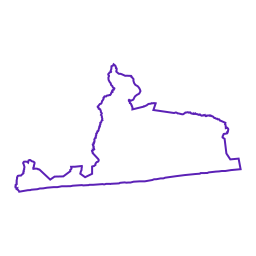 outline of Grands Ponts, Lagunes, Ivory Coast
{"feature_id": "98640826B83353125268201", "entity_name": "Grands Ponts", "entity_type": "district", "adm_level": 2, "iso_a3": "CIV", "parent_name": "Ivory Coast", "parent_adm1": "Lagunes", "projection": "albers", "projection_center": [-4.906, 5.455], "detail": "fine", "context": "isolated", "style": "outline", "palette": "violet", "viewbox_px": 256, "rotation_deg": 0, "n_neighbors": 0, "source": "geoboundaries", "source_scale": "gbopen_adm2", "svg_char_len": 5815}
<svg xmlns="http://www.w3.org/2000/svg" viewBox="0 0 256 256"><path d="M114.9,65.3L113.6,64.3L113.0,65.6L111.5,66.2L111.4,66.7L111.5,67.3L111.3,68.0L111.4,68.8L110.6,71.0L110.7,71.3L111.1,71.8L111.0,72.0L109.7,72.4L109.4,72.6L109.2,73.1L108.2,74.2L108.3,74.8L109.0,75.7L109.0,76.1L108.4,77.5L108.5,79.2L108.6,79.9L109.6,81.9L110.8,83.4L110.9,84.4L111.2,85.1L112.3,86.0L112.7,87.0L113.3,87.9L114.3,88.2L114.4,88.6L114.0,89.1L113.7,89.8L112.6,90.1L112.2,90.6L112.0,91.3L112.6,91.9L112.5,92.1L112.0,92.2L111.4,92.5L110.9,94.0L110.2,95.0L109.9,95.1L109.3,95.0L108.6,95.4L107.1,95.5L106.7,95.8L106.0,96.5L104.8,96.3L104.5,96.4L104.2,96.8L104.0,97.4L103.5,97.7L103.4,98.1L103.6,98.6L103.5,99.0L102.6,100.5L102.2,100.8L101.5,103.1L100.9,103.8L99.9,104.0L99.0,105.1L98.5,105.9L97.7,106.5L97.8,107.3L98.1,107.6L98.6,107.8L98.8,108.3L98.8,108.8L99.3,108.9L99.5,109.1L100.2,109.3L100.5,110.4L100.9,111.1L100.8,112.0L101.8,113.3L101.6,113.8L101.0,114.9L101.4,115.2L101.9,116.4L101.8,117.2L102.3,118.5L102.1,119.6L102.1,119.9L102.3,120.1L101.8,120.4L101.4,121.4L101.4,121.7L101.0,122.4L100.3,122.7L100.2,123.1L100.4,123.6L100.4,124.5L99.9,125.0L99.7,125.8L99.9,126.0L99.9,126.6L99.2,127.0L99.2,127.7L99.1,127.9L99.1,128.3L98.7,129.1L98.6,130.2L98.1,130.7L98.1,131.1L97.4,131.4L97.5,131.7L97.3,131.9L97.1,132.3L97.1,132.8L96.8,133.3L96.4,133.4L96.2,133.6L96.2,135.6L95.7,136.1L95.7,136.4L95.8,136.6L95.8,137.8L95.1,138.0L94.4,139.3L94.3,139.5L94.5,140.0L94.5,140.9L94.5,141.1L94.3,141.3L94.4,141.5L94.4,142.0L93.9,142.5L93.6,142.7L93.6,143.0L93.8,142.9L93.9,143.5L93.0,144.2L93.4,144.5L93.4,144.9L93.0,145.4L93.4,146.4L93.4,146.7L93.7,146.7L93.8,146.9L93.5,147.6L93.5,147.9L93.7,148.6L94.0,148.6L94.1,148.9L93.9,149.1L94.1,149.4L93.8,149.6L93.6,149.4L93.4,149.9L92.9,150.1L92.7,150.0L92.7,150.4L92.5,150.7L92.0,150.9L92.2,151.7L92.4,151.8L92.8,152.5L92.7,153.1L98.2,159.0L98.7,159.9L98.7,160.1L98.6,160.7L98.2,161.5L97.7,161.8L96.7,162.1L95.7,163.3L95.4,164.2L95.4,165.0L95.2,165.1L93.9,166.1L93.0,166.2L92.1,166.5L92.1,173.8L85.1,177.2L80.3,173.7L80.9,171.3L81.5,170.2L81.6,168.3L81.9,166.9L81.8,166.0L75.2,166.7L71.1,166.8L71.5,168.6L71.0,169.3L70.2,170.0L70.3,171.2L63.3,176.4L54.6,176.6L50.2,179.6L39.4,169.5L38.1,169.3L37.8,168.9L36.9,168.7L34.8,168.6L33.7,168.9L33.3,168.8L33.3,167.7L33.6,167.3L33.7,166.8L34.0,166.0L33.9,165.5L34.5,163.7L34.5,162.5L33.5,161.7L31.7,161.2L30.4,160.1L29.4,160.0L28.5,160.5L28.4,161.5L28.1,162.6L27.3,161.9L25.9,161.6L24.0,161.7L23.7,162.0L23.2,162.8L23.2,163.4L23.5,163.8L24.2,166.0L24.4,166.6L24.4,167.7L24.1,168.5L24.2,169.1L24.1,169.7L23.8,170.0L23.6,170.4L23.8,171.6L23.2,172.2L23.5,173.1L22.6,174.1L21.8,174.6L21.1,175.5L20.1,175.6L19.0,175.6L17.8,175.9L17.6,176.2L17.5,176.7L17.1,177.2L17.0,177.8L17.1,178.3L16.6,180.6L16.8,181.1L16.6,181.6L16.5,182.1L16.7,182.4L16.6,183.5L16.8,184.0L16.5,184.3L16.1,184.4L15.6,185.0L15.8,185.3L15.8,185.8L15.5,186.1L15.4,186.7L15.7,187.0L15.6,187.5L16.0,187.7L16.7,188.5L17.2,188.3L17.1,188.7L17.4,189.1L17.0,189.3L17.4,189.6L17.9,189.8L19.0,191.1L19.2,191.7L27.9,190.2L30.2,190.1L31.5,189.7L37.4,189.2L39.8,188.5L43.0,188.4L47.0,187.7L54.0,187.1L57.5,187.1L61.6,186.3L70.4,186.2L72.8,185.7L81.9,185.1L83.2,185.4L88.7,185.1L89.4,184.8L93.1,184.8L102.6,184.1L104.0,184.4L104.7,184.3L106.0,183.9L109.9,183.9L110.4,184.0L111.0,183.8L119.0,183.4L120.1,182.8L124.5,182.4L126.7,182.7L128.2,182.5L130.6,182.5L133.6,181.7L140.3,181.3L145.0,181.3L152.3,180.0L154.0,179.3L156.5,179.2L160.7,178.4L163.2,178.4L164.2,178.1L165.1,177.7L175.9,176.2L184.5,175.1L195.6,174.0L199.9,173.7L200.5,173.1L207.3,173.0L208.7,172.4L215.9,171.6L219.1,171.4L221.8,171.0L225.3,171.0L230.9,170.1L240.6,169.2L238.6,158.6L230.3,159.4L226.4,153.5L224.6,138.8L222.9,137.7L222.6,137.5L222.5,137.2L222.7,136.1L223.1,135.7L223.4,134.5L223.7,134.0L224.4,133.8L225.9,133.7L226.5,133.4L227.2,133.3L227.6,132.4L227.2,132.1L227.3,131.8L227.6,131.7L227.8,131.8L227.9,131.6L228.3,129.2L228.0,128.6L227.3,127.8L226.5,128.0L226.4,127.7L225.8,128.0L225.6,125.3L225.6,125.0L225.0,124.3L225.3,123.4L225.4,122.8L220.6,120.7L220.0,120.6L219.3,119.5L219.0,119.3L217.8,119.4L217.4,118.8L216.3,118.8L215.3,118.1L214.3,118.0L213.2,116.7L212.4,116.4L212.2,116.2L211.3,116.1L211.1,115.7L210.4,115.4L210.2,115.5L210.0,115.8L209.7,115.8L209.3,115.4L208.9,115.6L208.0,115.4L206.8,115.8L206.7,116.0L206.4,116.1L206.1,116.1L206.0,115.8L205.6,116.0L205.4,115.8L205.3,115.6L205.0,115.5L204.8,115.0L204.2,115.3L203.9,115.2L203.5,115.4L203.3,115.2L202.4,115.6L201.9,115.7L201.7,115.4L201.1,115.4L200.3,115.1L200.1,114.5L199.7,114.4L199.3,114.5L198.8,114.8L198.3,114.8L197.6,114.2L196.2,114.1L195.5,113.5L195.2,113.9L194.8,114.0L194.3,113.8L193.9,113.9L193.7,113.5L193.4,113.8L193.0,113.9L192.2,113.5L191.3,113.5L190.9,113.2L190.4,112.5L190.0,112.3L189.2,112.7L188.8,112.7L187.9,112.2L186.3,112.5L185.4,112.5L184.8,113.1L183.2,114.2L182.2,114.3L178.4,113.4L177.6,113.4L177.0,112.9L176.1,112.5L175.5,112.5L174.6,112.9L174.0,113.0L153.4,110.0L155.7,103.3L154.7,103.1L153.9,103.3L153.3,103.1L152.0,103.4L151.6,103.2L150.7,103.7L148.7,103.9L147.8,104.4L146.7,105.3L144.7,106.2L143.9,106.3L143.8,106.6L132.4,109.4L132.5,107.4L132.4,107.1L131.9,106.5L131.8,105.4L131.4,105.1L131.0,103.9L130.3,103.2L129.9,103.1L129.8,101.9L129.2,101.4L128.9,101.0L128.8,100.1L129.1,99.8L130.0,100.3L130.7,100.4L131.2,100.6L133.2,99.7L133.4,99.5L134.4,97.4L135.1,96.3L137.0,94.8L138.2,94.2L139.2,93.6L140.4,91.3L140.3,90.4L139.4,88.4L138.1,86.6L137.5,86.1L135.9,85.2L135.2,84.7L134.1,83.0L133.4,80.7L133.5,79.4L133.4,78.9L132.5,78.0L132.3,77.5L131.5,77.0L131.6,76.7L131.5,76.4L131.3,76.3L131.1,75.9L126.6,75.7L125.2,75.8L121.9,74.3L120.5,73.8L119.0,73.8L118.6,73.6L116.3,71.6L116.3,71.0L116.6,70.1L116.7,68.8L116.6,68.5L116.0,68.2L116.1,67.6L115.8,67.0L115.5,66.6L115.6,66.2L114.9,65.3Z" fill="none" stroke="#5b21b6" stroke-width="2"/></svg>